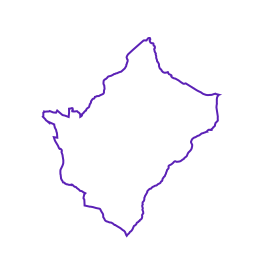 Berbesti, Vâlcea, Romania (orthographic projection), rotated 43°
{"feature_id": "2599482B91990864320571", "entity_name": "Berbesti", "entity_type": "district", "adm_level": 2, "iso_a3": "ROU", "parent_name": "Romania", "parent_adm1": "Vâlcea", "projection": "orthographic", "projection_center": [23.88, 44.99], "detail": "fine", "context": "isolated", "style": "outline", "palette": "violet", "viewbox_px": 256, "rotation_deg": 43, "n_neighbors": 0, "source": "geoboundaries", "source_scale": "gbopen_adm2", "svg_char_len": 5771}
<svg xmlns="http://www.w3.org/2000/svg" viewBox="0 0 256 256"><g transform="rotate(43 128 128)"><path d="M200.6,207.7L200.4,206.6L200.6,204.1L200.3,202.8L200.6,201.6L200.6,200.4L200.4,199.1L199.3,196.0L199.2,195.5L199.5,194.6L199.7,193.5L199.6,192.8L199.5,192.2L199.2,191.7L199.1,191.1L199.4,190.4L199.6,189.8L199.6,189.5L199.4,189.0L199.7,188.3L199.8,188.1L199.5,187.2L199.8,185.9L199.8,184.8L199.0,183.3L197.7,182.1L197.5,181.6L197.4,180.1L197.3,179.9L195.9,178.7L194.3,178.0L193.8,176.9L193.3,176.4L192.3,175.9L191.5,175.3L191.1,174.5L191.0,173.9L190.3,173.5L189.4,172.4L189.3,170.5L189.1,170.0L188.7,169.2L187.5,167.8L187.2,166.7L186.7,165.8L186.7,165.3L185.9,161.9L185.4,161.4L185.2,160.7L185.3,158.2L185.4,157.7L186.1,156.8L186.1,156.4L186.1,154.9L186.3,154.1L186.8,153.0L187.0,152.1L187.4,151.4L187.9,150.8L188.1,150.2L188.2,148.7L188.9,146.9L189.1,146.1L188.9,145.4L188.7,144.5L189.0,143.5L188.9,143.2L188.7,142.7L188.2,142.0L187.9,141.2L187.8,140.0L187.6,139.1L187.8,138.4L187.7,137.9L187.3,137.1L186.9,135.6L186.7,135.2L186.4,134.8L185.9,133.4L185.2,132.0L185.2,130.2L185.1,129.8L184.8,129.3L183.7,128.3L183.6,127.8L183.6,127.4L184.5,125.0L184.8,122.6L184.7,121.9L184.8,120.9L185.0,120.4L185.4,120.0L186.6,119.6L187.6,118.5L188.6,117.2L189.0,116.4L189.3,115.1L189.4,114.1L189.9,112.6L189.7,111.3L190.1,109.2L190.1,108.4L189.9,107.8L189.5,106.9L189.0,105.3L188.9,104.4L189.0,103.1L189.0,101.5L188.6,99.7L187.8,98.4L187.7,98.1L186.7,96.8L186.4,96.5L184.6,95.8L183.9,95.5L183.4,95.0L182.7,93.1L182.5,91.9L183.0,89.6L183.5,89.0L184.0,87.4L184.2,86.4L184.8,85.5L185.1,84.8L185.4,83.2L185.5,82.1L185.7,81.6L186.6,80.2L186.8,79.6L187.4,78.6L187.8,77.6L188.2,76.9L188.3,76.8L188.0,76.7L188.0,75.2L188.2,74.3L188.5,73.9L189.5,73.4L189.7,73.1L190.1,72.7L190.5,72.4L190.3,72.1L189.9,72.3L189.8,72.1L190.1,70.7L189.9,69.6L190.1,67.4L190.0,67.0L189.2,66.0L189.0,65.3L188.6,64.7L188.6,63.6L188.7,63.1L188.6,62.5L188.7,61.7L188.6,61.3L186.8,59.5L185.9,58.4L178.6,52.6L177.2,50.8L176.5,49.6L175.9,49.2L175.2,48.3L174.5,47.7L174.1,47.1L173.4,46.5L172.4,45.0L172.1,44.3L171.8,43.1L171.9,42.7L171.6,42.1L171.8,41.7L170.3,42.5L169.5,43.1L168.6,43.2L167.8,44.4L166.7,46.5L166.4,46.9L166.0,47.4L165.4,47.8L165.1,48.3L163.7,49.7L162.4,50.6L159.7,51.8L157.8,52.1L156.9,52.2L154.5,53.0L152.6,53.5L139.8,56.0L138.9,57.4L138.2,57.9L135.4,58.4L132.5,58.7L128.9,59.6L127.8,60.3L125.9,60.9L124.5,60.8L124.1,60.0L123.9,59.9L123.0,60.0L121.2,60.7L119.8,60.3L119.2,59.9L118.9,60.1L118.7,60.8L118.1,61.4L117.4,62.4L116.1,63.1L115.1,63.3L114.3,63.1L113.6,63.2L112.4,62.6L111.3,62.8L110.3,62.6L108.3,61.5L107.7,60.7L107.1,60.2L104.9,59.4L104.3,59.5L103.5,59.2L103.0,58.6L100.8,57.5L99.5,56.1L99.1,55.9L98.0,55.3L97.5,54.5L96.4,54.3L94.9,53.6L94.3,53.0L93.5,52.6L93.1,51.9L93.1,51.1L92.0,50.1L91.7,50.0L90.5,50.2L90.2,50.0L89.2,49.0L88.8,48.9L88.3,49.1L87.6,49.8L87.1,50.0L86.1,50.2L84.7,49.6L84.1,49.2L83.9,48.9L84.0,48.2L83.5,47.7L82.6,47.3L81.9,47.9L81.6,48.5L81.5,48.8L81.8,51.4L81.7,51.5L81.3,51.6L81.1,52.1L80.0,52.9L79.7,53.5L78.3,67.5L77.8,74.2L78.2,76.0L78.7,77.2L80.3,78.2L80.9,78.2L81.4,78.5L82.3,79.6L82.9,81.2L83.4,81.9L83.5,82.7L84.3,83.7L84.5,84.1L84.7,85.3L85.0,86.5L85.0,86.9L84.6,91.4L83.8,92.7L83.2,93.9L82.7,95.3L82.0,96.2L81.6,97.3L81.0,98.1L80.8,99.1L80.1,101.2L78.5,103.7L78.4,104.4L78.5,105.7L78.3,107.5L77.9,108.4L77.9,109.7L78.1,110.2L79.5,112.0L80.6,112.8L81.5,113.0L84.0,115.2L84.3,115.6L84.7,116.6L85.3,117.5L86.2,118.4L86.5,119.2L86.6,119.6L86.5,120.2L86.0,121.5L85.3,123.0L85.1,124.0L84.4,125.1L83.6,125.7L83.3,126.7L82.6,127.8L82.8,128.1L83.1,129.4L83.0,129.9L82.5,130.5L82.4,131.1L82.5,132.1L82.7,132.8L82.7,133.5L83.0,134.1L83.6,134.7L83.7,135.5L83.9,136.0L83.8,136.6L84.2,137.2L84.7,138.3L85.0,138.7L85.1,138.9L85.2,139.7L84.8,141.2L84.8,142.5L84.9,143.0L85.4,143.8L85.1,144.4L85.1,145.3L85.0,146.0L85.2,146.9L85.1,147.8L85.1,148.2L84.9,148.8L85.8,150.3L85.8,151.2L85.6,152.1L85.5,152.4L84.3,151.1L83.6,150.5L81.8,150.2L80.6,150.5L79.4,150.4L79.1,150.6L77.8,152.2L76.5,153.4L75.8,153.8L75.5,153.6L75.4,152.8L75.3,152.4L74.1,151.4L73.7,151.5L73.1,152.1L73.1,152.4L73.0,152.6L71.7,154.1L74.3,156.8L76.8,160.0L77.1,160.4L73.3,162.0L71.3,163.2L64.3,163.5L64.9,165.9L62.7,167.6L59.1,169.0L58.9,169.8L57.1,171.6L56.1,172.8L55.4,173.1L55.8,173.7L55.6,174.5L58.0,177.1L58.0,177.8L61.9,178.0L62.2,178.2L62.9,178.3L64.7,178.0L64.9,178.0L65.0,178.1L66.8,178.0L66.3,177.5L71.6,175.7L72.4,176.5L73.3,176.9L74.0,177.5L76.8,178.5L78.0,179.4L79.2,180.0L80.2,180.8L82.9,183.3L80.0,185.3L82.7,186.8L83.9,187.3L88.5,188.6L89.8,189.1L91.0,189.7L92.2,189.9L92.5,189.4L93.1,189.2L94.1,189.3L94.7,189.4L95.4,190.0L95.7,190.9L98.7,192.5L99.2,193.0L102.7,195.7L104.6,197.8L105.2,198.9L105.8,200.3L107.1,204.5L107.8,205.5L110.0,207.8L110.8,208.2L111.5,208.9L112.6,209.8L113.6,210.7L114.1,210.8L114.9,211.2L115.8,211.3L117.6,212.1L118.2,211.7L118.7,211.4L119.0,211.4L119.6,211.6L120.2,211.3L120.8,211.3L121.6,211.0L122.2,210.4L123.0,210.2L123.9,209.6L124.7,208.8L125.1,208.1L125.6,208.3L126.1,207.4L127.5,207.5L128.4,207.4L129.0,207.4L129.9,206.8L130.3,206.7L131.9,206.8L133.1,206.6L134.5,206.5L135.5,206.7L136.0,206.5L136.7,206.0L137.4,205.7L138.1,205.5L139.5,205.5L140.1,205.1L141.3,204.8L141.3,206.0L141.4,206.7L142.0,207.5L142.4,208.4L143.1,209.4L143.6,209.9L144.6,210.0L144.9,210.2L147.1,212.3L149.1,214.3L151.3,213.0L153.7,211.6L154.2,211.1L156.4,209.7L159.2,208.3L162.3,206.4L162.8,206.3L163.7,206.5L164.5,207.0L165.4,207.1L166.3,207.5L167.9,207.8L169.1,208.5L170.7,210.1L172.5,210.5L173.6,211.0L174.4,211.2L175.9,211.0L176.7,210.5L178.8,209.7L180.0,208.8L180.3,208.6L181.9,208.2L184.3,208.1L184.9,207.6L185.9,207.5L190.8,206.4L193.9,206.2L195.1,205.9L196.5,206.0L197.3,206.3L198.4,206.9L199.1,207.1L199.7,207.5L200.6,207.7Z" fill="none" stroke="#5b21b6" stroke-width="2"/></g></svg>